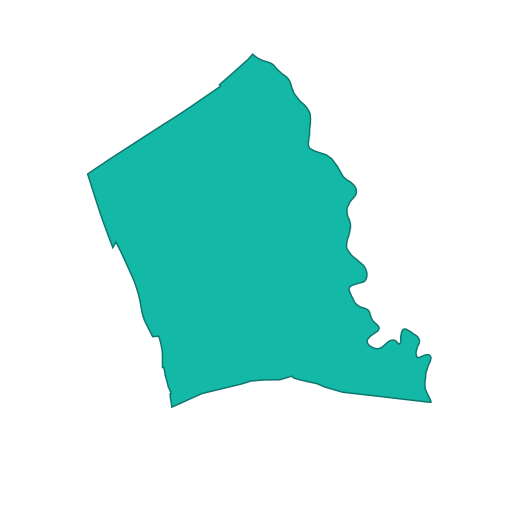 Oancea, Galati, Romania, rotated 342°
{"feature_id": "2599482B31797489837867", "entity_name": "Oancea", "entity_type": "district", "adm_level": 2, "iso_a3": "ROU", "parent_name": "Romania", "parent_adm1": "Galati", "projection": "orthographic", "projection_center": [28.103, 45.914], "detail": "fine", "context": "isolated", "style": "filled", "palette": "teal", "viewbox_px": 512, "rotation_deg": 342, "n_neighbors": 0, "source": "geoboundaries", "source_scale": "gbopen_adm2", "svg_char_len": 4977}
<svg xmlns="http://www.w3.org/2000/svg" viewBox="0 0 512 512"><g transform="rotate(342 256 256)"><path d="M377.4,449.0L377.4,448.2L377.3,446.0L377.0,443.8L376.5,440.6L376.1,437.2L375.9,434.9L376.0,433.9L377.1,429.6L378.0,427.5L379.4,424.6L380.3,422.5L381.5,419.5L382.2,418.6L383.5,416.9L384.8,415.1L385.5,414.1L386.1,413.3L387.1,412.2L388.6,410.6L390.0,408.8L391.0,406.7L390.9,405.3L390.8,404.6L390.1,403.6L389.1,403.1L388.1,402.7L387.0,402.5L385.9,402.5L384.7,402.5L382.4,402.7L380.2,402.9L379.1,402.9L378.2,402.3L377.7,401.1L378.0,398.9L378.1,397.8L379.1,395.8L380.4,394.0L381.6,392.2L382.4,391.3L383.9,389.8L384.5,388.8L385.0,387.8L385.3,386.8L385.3,385.6L385.2,384.6L384.9,383.4L384.5,382.3L384.0,381.5L383.2,380.6L381.8,378.9L380.5,377.0L379.2,375.2L377.6,373.6L376.1,371.9L375.1,371.4L373.5,371.3L373.0,371.4L371.3,373.0L370.7,373.9L368.5,377.8L367.4,382.1L366.7,382.9L365.7,383.7L364.7,384.1L364.0,383.0L363.2,380.8L362.6,379.9L361.8,379.0L360.6,378.4L359.5,378.1L358.3,378.0L357.0,378.0L355.9,378.3L354.8,378.7L353.6,379.1L350.4,380.6L348.2,381.5L346.0,382.0L344.8,382.0L343.6,381.9L342.4,381.6L341.3,381.1L340.3,380.4L338.5,378.9L336.8,377.2L336.2,376.3L335.7,375.2L335.3,374.0L335.1,372.8L335.5,370.8L336.6,369.6L338.6,368.3L339.7,367.7L342.9,366.6L345.3,366.0L347.5,365.3L348.5,365.0L349.5,364.3L350.5,363.3L350.9,362.2L350.8,361.0L350.5,360.0L349.9,358.9L348.8,356.8L347.6,354.8L347.2,353.7L346.8,352.5L346.5,350.2L346.5,347.9L346.6,345.5L346.6,344.4L346.3,343.2L345.8,342.1L345.1,341.2L344.4,340.3L343.4,339.5L341.4,338.1L339.8,336.9L338.7,336.0L337.3,334.1L336.1,332.0L335.6,331.0L335.4,329.9L335.2,328.4L334.9,326.0L334.5,323.7L334.2,321.2L334.1,318.8L334.1,316.6L334.7,315.5L335.5,314.6L336.5,314.0L338.7,313.6L340.1,313.6L341.5,313.6L343.7,313.5L345.7,313.6L347.4,313.8L349.1,313.9L351.0,313.7L352.0,313.3L352.8,312.6L353.8,311.6L354.5,310.7L355.1,309.6L356.0,307.3L356.2,306.1L356.3,304.9L356.3,302.5L356.1,301.3L355.9,300.1L355.5,298.9L355.1,297.8L354.4,296.7L352.6,293.7L350.8,290.8L350.2,289.7L349.5,288.8L348.2,286.8L347.1,284.8L346.3,282.7L346.0,281.6L345.5,280.4L344.9,278.2L344.8,277.0L344.9,275.8L345.1,274.6L346.0,272.5L347.0,270.3L348.1,268.4L349.6,266.5L350.4,265.5L351.0,264.5L352.2,262.5L353.4,260.4L354.6,258.3L355.0,257.1L355.6,254.9L355.8,253.6L355.9,252.3L355.9,251.2L355.9,250.0L355.8,248.9L355.5,247.6L355.4,246.6L355.7,245.2L355.8,244.2L355.9,243.0L356.5,241.3L357.1,239.0L357.8,238.0L358.7,237.1L360.3,235.5L361.5,234.2L362.9,233.0L363.9,232.4L364.9,231.8L365.7,231.3L366.4,231.0L367.3,230.4L369.4,228.8L370.5,227.7L371.0,226.8L371.4,225.6L371.7,224.4L371.9,223.4L371.8,222.3L371.4,220.1L371.0,219.2L370.4,217.8L369.6,216.3L368.6,214.8L367.1,212.9L366.3,212.1L365.7,211.4L363.4,207.4L361.1,196.1L358.1,187.1L354.2,181.7L343.8,174.0L340.2,170.0L339.9,166.1L341.1,164.1L341.7,162.5L342.6,160.6L343.6,158.6L344.4,157.2L345.0,155.4L345.5,154.0L346.0,152.3L346.6,151.0L347.4,149.4L348.2,147.7L349.0,145.8L349.6,144.0L350.2,142.5L350.6,140.7L351.2,138.5L351.4,137.4L351.2,135.2L351.0,134.0L350.6,132.6L350.3,131.2L349.7,129.7L349.2,128.4L348.6,127.1L347.9,125.9L347.0,124.4L346.0,122.7L345.3,121.2L344.7,119.6L344.3,118.3L343.7,116.8L343.1,115.2L342.7,114.0L342.4,112.6L342.3,110.9L342.3,109.2L342.1,107.3L342.1,105.6L342.2,103.1L342.2,100.9L341.8,99.3L341.4,97.7L341.0,96.5L340.4,95.4L339.7,94.2L338.7,92.8L337.7,91.6L336.8,90.5L336.5,89.7L335.6,88.2L335.1,87.2L333.7,84.9L332.9,82.8L332.1,80.9L331.7,79.9L331.5,79.5L330.8,78.6L330.1,77.7L329.3,76.9L328.0,75.8L327.0,75.1L325.6,74.1L323.9,73.0L322.8,72.2L321.6,71.1L320.6,70.1L319.3,68.9L318.2,67.6L317.1,66.1L316.1,64.5L315.5,63.6L315.3,63.2L315.1,63.0L312.5,64.6L309.8,66.3L299.8,70.7L292.1,74.1L274.1,81.9L274.7,83.6L255.2,89.4L241.0,93.6L226.4,97.7L212.2,101.4L211.2,101.6L184.1,108.7L147.0,118.6L134.1,122.3L131.1,123.1L121.2,126.0L121.1,139.4L121.0,152.8L121.1,172.9L121.7,188.4L122.4,203.8L127.1,199.5L128.9,210.9L130.8,227.4L132.0,238.2L132.3,241.4L132.5,245.4L132.5,250.9L132.4,255.1L132.1,259.5L131.9,262.1L131.7,263.7L131.0,268.4L130.2,274.7L130.0,277.7L130.0,279.6L130.0,282.2L130.3,284.4L130.6,286.7L132.8,300.8L138.7,302.2L138.7,303.0L138.6,307.4L138.3,310.9L138.1,312.4L138.0,314.0L137.5,316.7L137.0,319.4L136.4,320.8L136.4,321.6L135.6,323.8L132.6,333.1L133.8,333.2L133.4,338.5L132.8,341.5L132.7,342.6L132.6,347.1L132.2,353.9L132.6,355.3L132.4,356.2L132.7,357.9L133.0,357.9L132.6,360.6L131.7,360.5L130.7,364.8L130.5,366.2L130.5,366.8L129.7,371.4L129.5,372.5L129.2,373.7L131.1,373.5L135.0,373.1L142.6,372.3L149.5,371.5L158.0,370.6L160.4,370.3L162.8,370.2L164.4,370.3L200.7,373.1L202.6,373.2L210.1,373.4L210.8,373.3L211.2,373.0L212.1,373.3L214.7,373.9L220.3,375.1L227.2,376.9L230.8,378.0L232.0,378.4L240.3,381.0L244.1,381.2L252.7,381.2L254.3,383.8L258.8,386.9L267.4,392.1L271.0,394.2L274.6,396.3L280.7,401.7L292.1,409.5L296.3,412.3L316.2,421.4L331.8,428.5L350.7,437.2L370.3,446.2L374.5,448.1L376.4,448.9L377.4,449.0Z" fill="#14b8a6" stroke="#0f766e" stroke-width="1.5"/></g></svg>